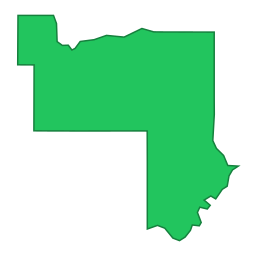 outline of Muskogee, Oklahoma, United States of America
{"feature_id": "52423323B58329438653924", "entity_name": "Muskogee", "entity_type": "district", "adm_level": 2, "iso_a3": "USA", "parent_name": "United States of America", "parent_adm1": "Oklahoma", "projection": "orthographic", "projection_center": [-95.338, 35.56], "detail": "fine", "context": "isolated", "style": "filled", "palette": "green", "viewbox_px": 256, "rotation_deg": 0, "n_neighbors": 0, "source": "geoboundaries", "source_scale": "gbopen_adm2", "svg_char_len": 787}
<svg xmlns="http://www.w3.org/2000/svg" viewBox="0 0 256 256"><path d="M33.9,130.8L49.6,130.9L61.1,130.9L77.6,131.0L144.5,130.9L147.2,131.0L147.3,162.8L147.3,229.0L157.5,225.4L164.8,228.2L172.9,238.1L179.5,240.6L185.1,237.1L190.4,230.4L192.3,225.0L199.3,225.8L201.2,222.5L197.4,212.4L199.8,207.2L207.3,209.0L210.2,205.3L204.1,200.1L210.8,196.0L215.7,198.9L222.3,189.3L227.2,186.2L229.0,175.9L232.5,169.9L238.3,166.1L227.8,165.5L223.6,155.5L216.4,148.4L212.8,140.6L214.3,114.3L214.2,98.0L214.2,38.5L214.2,37.5L214.2,32.1L171.6,32.0L165.0,32.0L153.7,31.9L141.9,28.5L124.1,37.1L106.5,35.4L94.1,39.7L82.4,41.2L80.2,41.5L75.1,48.4L71.9,50.0L68.3,45.2L62.3,45.4L57.1,41.6L56.5,23.6L53.5,15.4L18.0,15.4L17.7,64.8L34.1,64.9L33.9,130.8Z" fill="#22c55e" stroke="#15803d" stroke-width="1.5"/></svg>